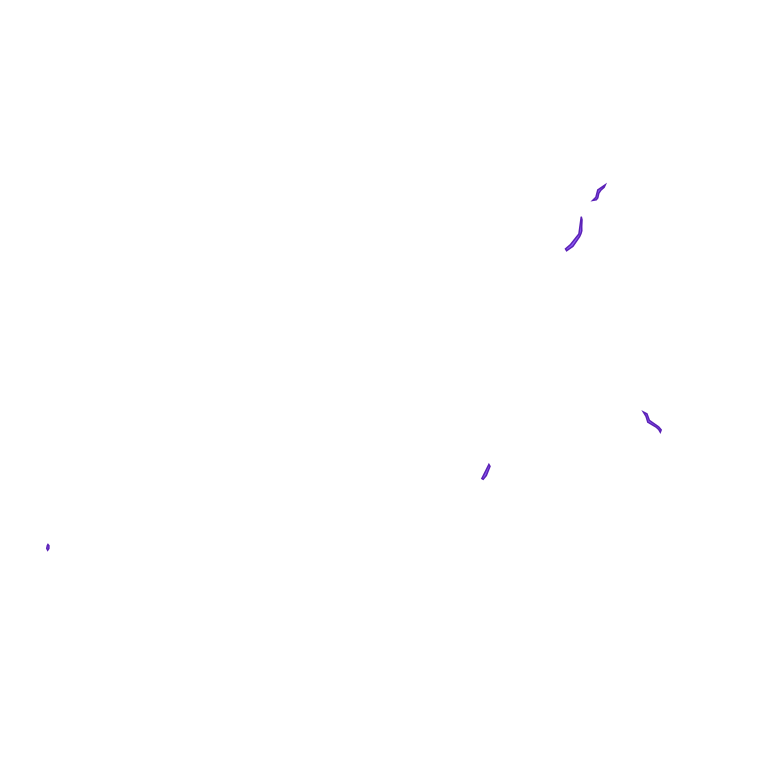 outline of Marshall Islands, rotated 286°
{"feature_id": "MHL", "entity_name": "Marshall Islands", "entity_type": "country or territory", "adm_level": 0, "iso_a3": "MHL", "parent_name": "Oceania", "parent_adm1": "", "projection": "mercator", "projection_center": [169.926, 8.484], "detail": "fine", "context": "isolated", "style": "filled", "palette": "violet", "viewbox_px": 768, "rotation_deg": 286, "n_neighbors": 0, "source": "natural_earth", "source_scale": "50m", "svg_char_len": 739}
<svg xmlns="http://www.w3.org/2000/svg" viewBox="0 0 768 768"><g transform="rotate(286 384 384)"><path d="M569.2,524.7L582.0,530.0L599.2,527.5L596.4,529.1L590.0,530.6L585.8,531.9L582.9,531.9L579.5,531.4L568.5,527.7L562.4,522.8L563.9,521.2L569.2,524.7ZM418.4,660.0L416.3,663.1L413.8,662.9L416.0,660.6L417.6,657.3L420.0,648.1L425.1,644.8L428.6,641.0L427.8,645.0L422.2,649.1L418.4,660.0ZM618.0,534.0L621.9,536.2L629.5,536.0L636.5,541.8L633.8,541.4L630.0,539.0L626.5,537.9L621.8,538.2L619.6,537.3L618.0,534.0ZM335.6,507.0L334.1,508.6L324.2,507.6L319.7,505.6L320.1,504.1L327.9,505.6L335.6,507.0ZM136.2,106.5L133.5,107.2L131.5,106.5L133.0,105.1L136.0,104.9L137.1,105.2L136.2,106.5Z" fill="#8b5cf6" stroke="#5b21b6" stroke-width="1.5"/></g></svg>